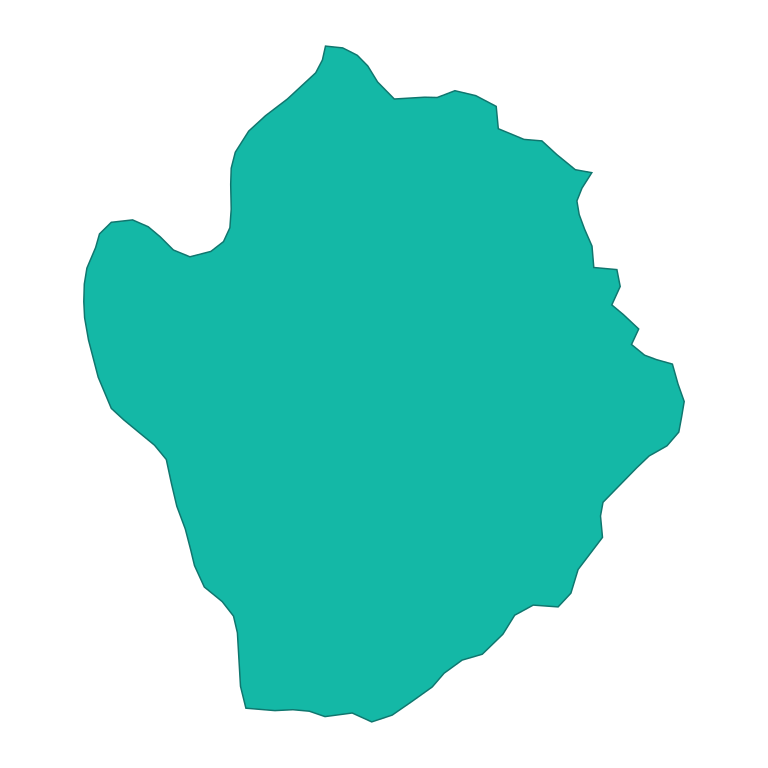 Itapuí, São Paulo, Brazil
{"feature_id": "56859067B79816747151857", "entity_name": "Itapuí", "entity_type": "district", "adm_level": 2, "iso_a3": "BRA", "parent_name": "Brazil", "parent_adm1": "São Paulo", "projection": "robinson", "projection_center": [-48.701, -22.25], "detail": "fine", "context": "isolated", "style": "filled", "palette": "teal", "viewbox_px": 768, "rotation_deg": 0, "n_neighbors": 0, "source": "geoboundaries", "source_scale": "gbopen_adm2", "svg_char_len": 1334}
<svg xmlns="http://www.w3.org/2000/svg" viewBox="0 0 768 768"><path d="M325.5,46.1L322.4,60.0L315.7,72.8L287.4,99.0L265.6,115.6L248.7,131.1L235.3,152.2L231.2,168.2L230.7,184.3L231.2,209.2L229.9,227.7L223.5,241.6L210.9,251.4L189.9,256.8L173.4,250.0L160.3,236.9L148.3,226.8L132.6,219.9L111.3,222.3L99.5,233.9L95.6,247.6L86.9,268.1L84.3,284.1L83.8,301.7L84.6,317.7L88.5,340.0L98.2,377.2L111.3,408.4L123.9,420.0L154.5,445.2L166.3,459.5L171.4,483.3L176.8,506.2L185.3,529.0L190.7,549.8L194.5,565.6L204.3,587.0L222.2,601.6L233.5,616.1L237.4,632.8L240.5,686.3L245.9,708.2L274.9,710.6L292.9,709.7L309.3,711.2L325.0,716.6L352.2,713.0L371.7,721.9L392.2,715.1L412.0,701.4L432.3,686.9L444.1,673.2L462.1,660.1L482.3,654.2L502.9,634.2L514.7,615.2L533.2,605.1L558.1,606.9L570.9,593.2L578.1,569.5L602.5,537.4L600.5,516.0L603.0,502.3L636.7,467.8L649.2,455.9L667.0,445.8L678.8,432.1L681.6,417.0L684.2,401.5L678.0,384.0L672.4,364.1L656.4,359.6L644.6,355.2L631.5,344.5L638.7,329.0L623.6,314.8L611.8,304.9L620.2,286.5L616.9,269.6L593.8,267.5L592.0,246.1L584.6,229.2L579.2,214.6L576.9,200.9L582.0,188.1L591.8,172.7L575.3,169.7L556.8,154.6L541.9,140.9L524.0,139.4L498.3,128.7L496.2,106.4L475.9,95.7L454.9,90.7L437.2,97.5L424.6,97.2L394.3,99.0L377.6,82.0L367.8,66.0L357.3,55.3L342.7,47.9L325.5,46.1Z" fill="#14b8a6" stroke="#0f766e" stroke-width="1.5"/></svg>